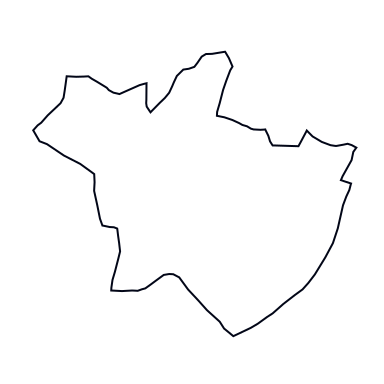 the district of Derbendikhan, As-Sulaymaniyah, Iraq, rotated 93°
{"feature_id": "34846034B22464020679662", "entity_name": "Derbendikhan", "entity_type": "district", "adm_level": 2, "iso_a3": "IRQ", "parent_name": "Iraq", "parent_adm1": "As-Sulaymaniyah", "projection": "mercator", "projection_center": [45.71, 35.186], "detail": "fine", "context": "isolated", "style": "outline", "palette": "ink", "viewbox_px": 384, "rotation_deg": 93, "n_neighbors": 0, "source": "geoboundaries", "source_scale": "gbopen_adm2", "svg_char_len": 2082}
<svg xmlns="http://www.w3.org/2000/svg" viewBox="0 0 384 384"><g transform="rotate(93 192 192)"><path d="M92.4,282.5L91.6,283.9L86.9,292.6L84.1,298.1L81.9,301.5L82.4,306.2L83.0,313.7L83.0,323.2L91.3,323.9L98.0,324.5L104.6,325.2L110.2,327.9L123.0,340.1L130.7,346.2L133.5,349.6L138.7,353.8L149.3,346.9L151.8,339.3L162.3,321.8L169.8,305.1L179.2,290.6L187.3,289.8L196.0,289.8L197.1,289.5L210.2,285.9L223.5,282.5L229.7,279.9L230.2,279.7L230.2,279.3L231.3,272.3L231.3,268.2L232.2,265.4L232.4,264.8L232.7,264.7L239.6,263.5L246.8,262.1L255.1,260.7L262.4,262.1L275.7,264.8L284.0,266.8L291.8,267.5L294.0,267.5L294.6,267.5L294.6,266.8L294.6,262.1L294.6,256.7L293.5,246.5L293.5,241.0L291.8,237.0L290.7,233.6L286.3,228.1L282.4,223.4L276.3,215.9L275.1,210.5L275.1,206.4L277.8,200.6L277.9,200.3L278.3,200.0L289.6,190.8L300.1,179.9L309.0,171.1L309.6,170.4L319.6,158.1L320.1,157.5L326.7,152.8L326.8,152.7L327.2,152.1L333.4,143.7L333.8,143.2L324.6,126.2L320.1,119.4L312.9,110.5L309.0,105.1L299.0,94.9L289.6,84.0L283.5,76.5L276.8,71.1L267.9,65.0L250.2,55.4L235.7,48.6L220.7,44.5L197.4,40.5L188.5,37.7L181.8,35.0L175.9,33.8L175.2,33.6L172.4,43.9L168.5,42.5L151.8,34.3L143.5,33.0L139.1,30.2L136.8,35.0L136.0,38.0L135.7,39.1L136.0,40.2L136.8,43.2L138.4,50.0L138.5,50.7L138.4,52.1L138.0,56.1L135.2,65.0L130.2,74.5L126.0,79.1L124.6,80.6L126.0,81.2L136.3,86.0L140.7,88.1L141.2,111.8L141.3,113.9L141.2,114.0L137.4,116.7L131.9,118.7L126.0,122.0L125.7,122.1L126.0,124.1L126.3,126.9L126.3,129.0L126.3,131.5L126.3,133.7L125.7,136.4L123.5,140.5L122.4,145.2L120.7,148.6L118.0,155.4L115.7,163.6L114.6,171.1L110.7,171.1L101.9,169.0L88.5,166.3L79.1,163.6L68.5,160.2L64.6,158.1L56.3,162.2L50.6,166.0L50.2,166.3L50.6,168.2L53.0,179.2L53.5,185.3L56.3,189.4L63.0,193.5L66.9,196.2L69.1,201.6L70.2,207.1L76.9,213.2L83.5,215.9L87.4,217.3L94.1,220.0L99.6,224.1L104.6,228.8L113.3,236.5L114.6,237.6L113.3,238.6L109.1,241.7L105.7,242.4L102.4,242.4L86.4,243.1L85.8,243.1L86.4,245.2L88.0,249.9L95.2,264.1L97.7,269.0L98.0,269.6L97.7,271.1L96.9,275.7L94.6,280.4L92.4,282.5Z" fill="none" stroke="#020617" stroke-width="2"/></g></svg>